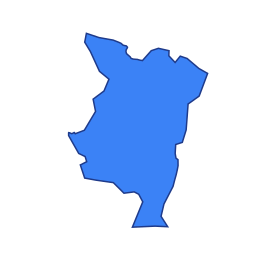 Ix-Uul, Hövsgöl, Mongolia (Albers equal-area conic projection), rotated 25°
{"feature_id": "93677404B26219584096108", "entity_name": "Ix-Uul", "entity_type": "district", "adm_level": 2, "iso_a3": "MNG", "parent_name": "Mongolia", "parent_adm1": "Hövsgöl", "projection": "albers", "projection_center": [101.419, 49.506], "detail": "fine", "context": "isolated", "style": "filled", "palette": "blue", "viewbox_px": 256, "rotation_deg": 25, "n_neighbors": 0, "source": "geoboundaries", "source_scale": "gbopen_adm2", "svg_char_len": 1224}
<svg xmlns="http://www.w3.org/2000/svg" viewBox="0 0 256 256"><g transform="rotate(25 128 128)"><path d="M205.7,200.7L195.3,194.1L192.7,181.7L193.5,161.9L192.2,154.9L191.4,150.0L191.4,149.9L190.3,144.9L189.3,141.0L186.7,135.6L184.2,135.0L181.5,131.1L178.2,122.8L183.3,118.1L181.5,105.1L172.3,80.8L172.4,80.7L179.0,69.0L177.1,44.9L167.1,44.1L152.2,40.0L145.0,40.8L143.0,48.7L134.5,45.3L132.5,40.6L122.0,42.9L121.9,42.9L116.4,48.1L112.6,60.8L112.0,60.9L110.5,61.4L107.4,61.9L105.9,62.5L103.7,63.3L101.4,63.6L99.9,62.6L97.8,62.0L95.2,61.2L94.2,60.0L93.7,59.3L93.3,57.7L93.5,56.2L93.4,55.0L91.8,54.3L89.2,54.9L87.9,54.9L87.3,54.6L85.9,54.2L83.7,54.2L77.4,54.6L63.5,58.3L50.3,59.8L52.5,68.5L61.6,74.6L78.2,88.7L90.1,91.8L90.6,104.6L84.2,116.6L91.6,126.7L89.4,148.4L89.4,148.5L82.6,155.5L82.3,155.4L82.0,155.3L81.7,155.0L81.4,154.8L81.1,154.8L80.8,155.3L80.5,155.8L79.9,156.3L79.7,156.7L79.1,157.0L77.7,157.0L77.0,157.0L76.7,157.2L76.4,157.3L76.2,157.3L76.2,157.5L77.4,160.0L94.1,171.9L101.2,172.0L104.8,176.0L100.5,181.5L100.4,181.6L109.9,191.7L121.0,188.8L137.8,183.7L151.9,188.8L160.6,183.3L165.7,183.5L172.6,188.7L173.9,216.0L194.0,205.5L205.7,200.7L205.7,200.7Z" fill="#3b82f6" stroke="#1e3a8a" stroke-width="1.5"/></g></svg>